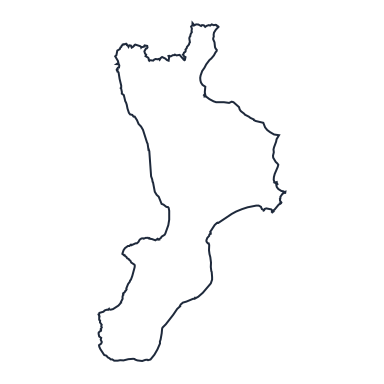 Calabria, Catanzaro, Italy (orthographic projection)
{"feature_id": "23120603B55310757134450", "entity_name": "Calabria", "entity_type": "district", "adm_level": 2, "iso_a3": "ITA", "parent_name": "Italy", "parent_adm1": "Catanzaro", "projection": "orthographic", "projection_center": [16.268, 39.03], "detail": "fine", "context": "isolated", "style": "outline", "palette": "slate", "viewbox_px": 384, "rotation_deg": 0, "n_neighbors": 0, "source": "geoboundaries", "source_scale": "gbopen_adm2", "svg_char_len": 5913}
<svg xmlns="http://www.w3.org/2000/svg" viewBox="0 0 384 384"><path d="M115.2,56.3L117.9,60.9L118.4,62.9L118.2,64.0L118.9,64.3L119.3,65.5L119.0,67.5L117.9,67.7L116.7,69.6L116.8,70.1L117.6,70.2L117.3,70.9L117.4,71.6L118.3,72.0L118.6,72.6L119.6,78.9L121.2,85.6L121.2,87.5L120.7,88.1L121.2,88.7L121.9,92.1L121.8,93.6L123.8,95.1L125.3,101.3L126.0,102.5L126.7,104.6L127.5,108.6L128.9,112.8L130.1,114.4L132.3,114.9L133.5,116.6L134.1,117.0L133.6,116.4L134.7,116.6L137.0,120.2L138.6,124.0L141.1,126.6L143.0,129.9L147.0,142.5L147.6,143.7L148.4,149.2L148.6,149.0L149.3,151.2L151.1,176.3L152.2,179.4L152.6,181.9L153.0,182.3L154.8,191.8L156.7,194.9L158.7,196.7L161.6,203.9L163.5,204.6L166.4,206.9L168.0,207.1L168.7,208.0L169.2,210.8L169.2,219.7L168.3,225.2L165.3,233.6L164.6,234.8L161.7,236.6L160.8,238.0L159.3,239.2L158.7,239.5L158.5,239.1L158.2,238.9L158.6,239.5L157.6,239.5L158.3,238.3L155.4,240.3L151.8,239.0L149.9,238.8L149.5,238.1L148.6,238.4L148.0,237.8L145.6,237.9L143.7,238.7L143.1,238.3L141.4,238.5L139.7,239.7L138.4,242.0L136.9,243.3L135.6,243.3L132.4,244.8L131.8,244.7L131.6,245.0L131.4,244.8L131.8,244.5L130.9,245.0L130.6,244.8L129.4,246.0L127.9,246.0L125.0,248.1L123.6,250.1L122.4,253.6L122.5,254.2L123.7,254.7L123.9,255.2L124.7,255.2L125.2,256.2L126.3,256.8L127.2,258.3L128.7,259.0L129.3,260.0L130.3,260.6L131.2,262.5L134.5,264.7L134.8,265.8L134.6,267.4L132.3,275.9L130.9,279.7L130.1,280.5L129.8,281.7L128.1,284.0L126.4,288.2L126.3,288.8L126.6,289.2L126.0,290.5L125.3,290.9L124.9,291.9L124.1,292.8L123.5,292.9L123.0,293.9L123.4,294.8L122.9,295.3L122.5,296.9L122.6,298.8L121.0,301.9L121.1,302.5L120.7,302.6L120.4,303.4L118.4,305.6L113.0,309.1L110.6,309.7L109.2,309.4L109.0,308.9L108.0,309.9L107.3,309.6L106.2,309.9L104.6,310.5L103.5,311.7L99.4,312.9L99.0,314.1L99.2,315.1L98.8,314.8L98.7,314.8L99.2,315.9L99.2,319.8L100.1,320.5L100.0,322.4L101.7,324.8L101.2,326.2L101.8,327.3L101.2,328.3L101.1,329.7L100.8,329.4L101.0,328.5L100.7,329.0L100.8,330.6L98.7,332.5L98.6,333.8L99.2,336.5L101.2,337.9L100.7,339.7L101.8,342.0L101.2,343.6L99.0,345.2L99.3,346.8L100.4,349.2L104.2,355.0L106.4,355.7L107.8,357.4L109.4,358.2L110.7,359.4L112.3,359.4L114.2,360.7L117.6,360.7L120.1,360.2L123.5,360.4L128.3,359.2L133.2,358.8L134.6,359.0L135.1,359.6L137.4,360.4L142.2,361.0L145.3,359.9L147.1,359.7L148.0,360.2L150.5,359.5L154.4,354.7L157.4,349.5L160.0,343.5L159.9,341.6L160.6,339.5L161.7,333.3L162.1,328.8L162.5,327.6L165.8,324.3L173.2,314.8L177.2,308.9L179.8,306.6L179.6,306.5L180.7,304.5L182.9,302.6L186.4,301.6L193.1,298.8L194.2,298.8L194.7,298.2L194.8,298.5L194.5,298.6L194.2,299.0L198.3,296.7L202.8,292.8L210.8,283.4L212.1,279.6L212.1,277.0L211.7,271.9L211.3,271.1L210.8,267.0L211.0,262.6L210.3,257.1L209.5,254.1L209.0,250.2L209.2,245.0L208.7,243.4L207.8,243.3L206.5,241.6L206.4,240.3L207.3,237.9L209.2,235.8L209.3,234.7L209.9,234.0L210.5,233.9L210.4,233.4L210.8,233.0L210.2,231.9L214.7,225.0L217.0,222.9L217.8,222.6L218.1,222.8L217.8,223.0L218.2,223.0L231.6,214.0L236.2,211.5L242.1,209.1L247.6,207.3L256.2,205.6L258.7,205.6L260.9,206.8L261.9,209.1L263.6,209.9L263.7,210.5L264.6,210.1L264.2,210.1L264.8,208.9L266.3,208.4L271.2,209.4L272.2,210.4L271.8,211.9L272.3,212.4L272.7,212.1L272.5,211.4L273.1,211.3L272.9,211.1L273.1,210.6L274.5,209.7L278.7,204.6L279.9,204.0L279.9,203.5L280.3,203.6L280.7,203.0L281.1,203.1L281.4,202.5L280.0,200.7L280.1,199.4L279.9,198.9L280.4,198.2L280.4,196.8L282.4,193.9L283.3,193.4L283.3,192.9L285.2,192.9L285.4,191.7L284.4,192.0L283.3,191.3L281.4,191.0L278.3,189.0L276.9,187.2L276.4,185.7L276.3,184.7L277.0,184.2L277.0,183.7L277.1,184.3L277.3,184.0L276.9,182.9L275.8,181.5L277.0,183.4L276.3,183.3L276.4,182.8L275.8,183.2L274.8,182.7L275.8,182.1L274.5,182.4L273.7,179.8L273.9,177.1L274.7,174.0L277.7,167.0L278.3,164.8L277.4,163.5L275.7,161.9L273.2,157.7L273.0,155.7L273.8,152.3L273.5,149.5L274.0,147.4L276.1,141.7L276.6,139.2L279.0,135.2L274.1,134.5L270.0,132.1L267.2,130.0L265.1,127.4L263.3,122.8L255.7,121.0L253.9,120.1L253.8,119.6L253.4,119.4L253.7,119.4L254.1,119.6L250.4,117.9L248.9,116.7L244.8,114.6L244.3,113.8L240.9,111.2L239.7,109.5L239.0,107.1L233.5,102.2L231.7,101.7L229.1,102.9L223.9,102.2L216.1,102.2L213.5,101.3L209.4,99.1L206.1,96.6L205.1,95.1L205.3,94.7L204.8,95.3L205.2,96.3L204.8,95.9L204.8,96.5L204.5,96.5L204.6,95.6L204.0,95.1L204.6,94.3L205.2,94.4L204.8,92.2L205.3,86.7L202.5,84.9L201.0,82.6L200.4,80.4L200.2,77.8L200.6,75.5L202.2,71.0L204.5,67.7L206.2,64.4L209.5,60.0L211.3,58.5L213.9,55.4L215.6,52.2L216.5,51.3L216.8,50.0L215.6,48.5L215.0,47.1L214.5,42.3L213.2,39.3L213.2,38.3L213.8,36.4L213.6,34.9L214.0,32.6L215.9,29.6L218.5,26.9L217.8,26.1L216.7,25.8L216.5,25.1L215.7,24.8L213.7,25.2L211.7,24.4L210.1,25.6L208.9,25.1L208.0,25.4L206.5,25.9L205.2,26.9L203.8,25.3L202.0,25.1L201.1,26.0L198.3,24.5L196.1,24.4L194.0,25.5L193.5,24.2L192.5,23.0L192.4,25.4L191.1,26.5L191.9,28.7L191.5,31.2L191.9,32.0L190.8,33.8L190.3,35.4L190.4,36.0L189.5,37.3L189.3,38.4L189.9,42.3L189.3,43.2L189.0,44.5L186.9,47.0L186.7,48.2L185.5,49.6L185.7,50.9L185.3,51.8L184.0,52.6L183.5,54.1L182.9,54.6L184.1,56.3L185.5,57.1L184.9,59.9L184.4,60.2L183.3,59.3L183.2,58.3L182.4,58.1L179.6,54.9L176.5,55.4L174.9,54.6L174.4,55.1L172.8,55.2L170.7,56.4L169.2,55.8L168.5,56.0L169.1,57.4L168.6,60.7L167.0,60.1L165.2,58.5L162.1,57.0L160.7,58.0L159.6,59.8L158.9,58.9L157.5,59.3L155.6,59.0L154.2,59.6L153.2,60.6L150.0,60.2L149.3,60.8L148.8,60.1L148.6,58.3L148.0,57.6L145.5,56.1L146.2,54.8L145.0,53.5L144.4,51.3L145.9,48.6L146.8,48.4L147.5,47.5L147.2,45.9L144.6,45.4L144.3,45.8L144.4,46.5L142.4,47.1L141.6,47.0L141.2,47.5L141.0,46.8L140.0,46.1L135.3,44.6L134.6,44.9L134.3,45.7L133.5,46.1L133.2,46.7L131.7,47.6L130.9,45.6L129.3,45.3L128.5,46.8L128.0,45.8L127.0,45.2L126.9,44.4L126.1,43.7L124.7,44.4L124.1,44.1L122.7,44.5L122.6,45.2L121.7,45.6L121.2,47.0L120.4,47.5L119.8,49.1L117.3,50.6L116.4,55.2L115.2,56.3ZM117.3,63.6L116.6,64.1L117.9,64.2L117.9,63.8L117.3,63.6Z" fill="none" stroke="#1e293b" stroke-width="2"/></svg>